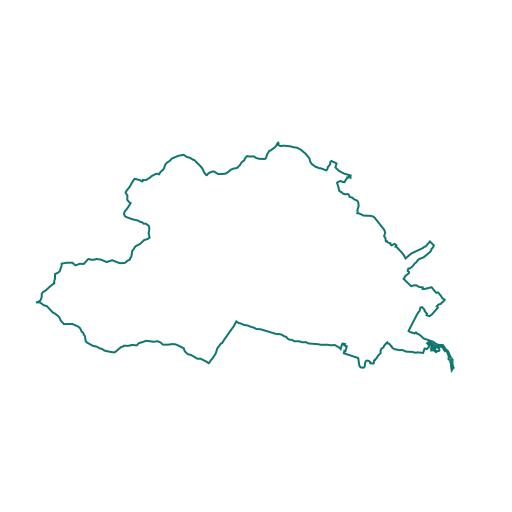 Sanmihaiu Almasului, Salaj, Romania, rotated 8°
{"feature_id": "2599482B86867207521382", "entity_name": "Sanmihaiu Almasului", "entity_type": "district", "adm_level": 2, "iso_a3": "ROU", "parent_name": "Romania", "parent_adm1": "Salaj", "projection": "mercator", "projection_center": [23.232, 47.041], "detail": "fine", "context": "isolated", "style": "outline", "palette": "teal", "viewbox_px": 512, "rotation_deg": 8, "n_neighbors": 0, "source": "geoboundaries", "source_scale": "gbopen_adm2", "svg_char_len": 6105}
<svg xmlns="http://www.w3.org/2000/svg" viewBox="0 0 512 512"><g transform="rotate(8 256 256)"><path d="M224.3,368.6L226.0,365.2L227.3,363.2L229.6,358.3L230.6,352.7L233.5,347.5L234.7,346.8L235.9,343.8L242.4,331.1L243.5,329.3L245.6,323.5L248.2,324.8L250.5,325.0L253.4,325.9L257.8,326.0L260.0,326.7L263.7,327.2L266.7,328.3L270.4,327.9L287.6,330.5L289.1,330.1L292.5,330.3L294.7,331.4L297.3,332.0L298.8,333.4L300.6,334.2L303.3,334.1L305.8,335.1L310.9,334.4L312.6,334.9L315.6,334.8L317.2,334.3L319.9,335.3L329.8,334.7L332.7,334.9L339.3,333.9L342.6,334.0L346.5,333.2L351.3,335.2L352.7,336.4L353.5,331.4L354.3,331.4L354.4,330.6L356.4,330.8L356.2,332.3L358.5,332.8L357.8,337.8L356.7,337.6L356.5,340.1L371.4,342.8L373.6,350.2L374.9,351.6L376.3,351.8L378.1,351.6L378.9,350.6L379.0,346.4L379.3,345.2L379.9,344.3L381.4,344.1L382.5,344.3L384.1,345.3L384.0,346.2L384.2,346.4L387.3,346.1L387.6,345.3L387.5,343.1L388.2,342.8L388.3,341.9L389.6,340.6L390.6,338.0L392.8,334.9L392.9,334.1L392.5,332.7L393.1,330.4L394.9,328.8L395.3,327.2L397.2,324.1L398.1,323.2L398.7,324.3L400.3,324.4L402.1,326.3L402.5,326.2L403.8,328.0L405.9,328.9L411.3,329.3L414.0,328.7L417.9,329.8L424.8,329.2L426.3,329.6L428.3,329.4L429.4,328.9L435.0,328.7L435.8,324.2L438.0,324.5L438.5,323.5L439.7,322.5L439.7,320.7L439.3,319.9L437.6,318.6L438.3,317.9L438.5,318.9L439.5,319.7L442.6,320.8L443.9,321.7L446.4,322.3L446.4,323.3L442.5,322.3L442.1,323.0L442.4,323.5L442.7,325.2L444.7,324.6L446.2,325.2L447.1,324.8L447.6,325.1L447.5,326.0L448.0,326.1L448.5,324.8L450.2,324.7L450.6,324.2L450.7,323.1L450.1,322.2L448.8,321.5L444.8,320.6L442.8,319.0L440.3,317.9L440.0,317.3L443.4,318.6L445.0,319.7L446.6,320.1L449.8,320.5L452.9,320.0L456.2,323.8L456.6,323.3L457.3,323.2L459.3,325.4L459.4,326.0L460.6,327.8L461.0,330.0L460.9,331.2L461.4,331.7L462.6,331.8L463.1,332.5L463.2,333.9L464.1,335.6L464.4,337.6L465.7,342.0L466.8,339.7L467.3,339.2L466.8,338.7L465.4,335.0L465.1,331.3L462.7,329.0L459.4,323.5L456.9,322.0L453.5,318.2L448.7,318.6L445.5,317.5L443.6,316.3L433.4,314.3L431.0,312.5L428.4,311.0L426.4,310.5L425.1,309.4L424.0,310.6L419.2,309.9L417.5,309.0L423.4,292.0L424.5,289.3L425.5,288.0L426.0,284.2L427.5,283.5L428.0,283.8L430.5,286.0L430.7,286.5L430.6,287.1L433.4,289.3L433.1,290.8L436.0,291.5L438.2,289.6L443.3,281.8L442.0,280.6L443.5,278.7L445.8,277.6L446.5,276.3L447.8,275.1L449.0,273.1L446.5,272.0L445.0,270.1L441.5,266.8L440.7,266.8L439.7,267.4L438.4,266.5L434.2,262.5L428.6,264.8L425.9,265.5L425.6,265.5L425.5,263.9L422.1,264.0L419.0,262.8L417.6,262.8L413.7,264.2L405.3,258.1L406.2,256.8L406.2,255.6L409.8,251.7L409.7,250.4L408.2,249.6L408.6,247.2L410.2,246.8L412.2,244.8L414.4,241.1L415.7,239.8L416.9,237.4L418.1,236.3L422.2,234.0L427.7,227.9L428.8,225.8L428.8,224.6L430.2,222.7L430.6,220.7L426.2,217.4L422.7,222.9L421.4,223.5L420.1,224.9L409.5,231.9L404.4,237.6L402.1,234.4L399.8,232.2L393.7,227.4L393.0,227.3L393.6,226.6L393.6,225.9L391.6,224.7L388.7,226.6L387.6,225.9L387.4,224.7L384.3,224.2L383.4,223.0L382.5,223.3L381.8,220.6L380.1,218.5L380.7,214.9L379.4,212.3L367.9,201.3L366.0,200.5L363.9,200.3L356.8,201.0L352.6,199.6L350.4,199.5L350.6,198.4L350.0,196.7L350.7,192.2L349.8,188.6L348.5,187.1L345.2,186.2L343.0,184.7L340.6,184.5L339.0,182.1L338.1,181.9L335.5,182.5L333.4,182.1L332.2,181.0L331.2,180.9L329.2,179.7L328.3,176.9L326.1,172.4L326.2,172.1L326.6,171.5L329.2,170.0L331.7,170.6L333.4,170.6L334.0,168.7L335.2,166.7L335.4,165.4L336.5,165.4L336.7,164.8L338.6,165.4L338.5,163.1L332.0,162.2L326.3,160.2L322.3,157.2L322.9,153.4L322.6,153.0L317.5,151.4L316.5,152.5L316.7,154.5L315.7,156.8L314.8,157.8L314.6,159.9L313.8,161.4L307.6,160.1L306.2,160.3L303.3,159.3L303.0,159.6L299.3,157.7L297.5,156.3L296.4,154.6L295.4,152.0L291.1,148.0L285.4,144.4L281.3,143.0L278.0,143.1L274.6,142.6L267.8,142.9L265.6,143.7L264.1,143.5L262.1,142.8L262.7,141.4L262.3,140.7L261.9,141.0L261.8,141.9L261.2,142.2L260.8,143.9L259.8,145.4L255.5,149.7L254.5,150.0L252.7,154.3L252.6,156.0L252.0,158.1L251.1,158.7L246.0,159.3L242.6,159.0L240.0,157.6L235.9,158.4L233.3,158.3L231.5,160.8L231.1,162.8L228.8,165.2L227.5,168.1L225.1,171.4L221.3,172.7L219.0,174.1L216.1,177.4L213.8,178.9L207.1,180.2L202.7,178.1L201.3,178.4L198.6,179.8L197.3,180.9L196.1,182.8L195.3,182.7L193.1,180.5L190.5,176.5L189.6,176.0L189.3,175.4L181.5,169.6L180.2,169.4L176.9,167.9L173.9,167.6L170.3,165.9L165.1,167.6L159.0,171.3L157.2,174.0L154.9,175.9L153.9,177.2L153.2,178.9L152.9,181.3L152.2,183.2L149.8,186.0L148.6,188.6L146.9,188.2L144.7,189.1L141.3,191.6L140.3,193.0L136.7,195.9L135.7,196.3L133.4,196.4L133.3,197.7L132.8,198.0L130.0,196.9L125.0,196.5L123.7,198.9L121.3,205.0L118.3,210.2L118.1,211.0L118.1,211.6L120.3,214.1L120.7,218.4L123.2,220.5L124.5,221.1L121.8,227.1L120.0,229.6L119.4,232.2L119.6,233.0L120.5,234.6L121.5,235.3L128.1,236.8L134.0,237.3L136.3,238.2L138.7,238.5L140.2,239.6L142.3,239.3L145.5,241.0L146.1,242.0L146.6,243.9L146.5,248.4L148.1,252.6L146.5,254.1L142.9,255.9L139.7,260.0L135.3,263.2L132.7,268.5L132.7,272.6L132.4,274.5L131.6,275.8L131.7,276.9L129.0,278.9L128.1,280.2L126.9,281.1L123.5,281.9L121.0,281.9L114.2,280.2L108.9,282.8L102.8,281.1L100.2,281.3L98.6,281.0L96.6,282.1L93.6,282.6L90.7,282.3L90.1,282.6L86.5,287.9L82.6,288.2L78.6,290.4L75.0,288.2L69.6,289.0L64.6,290.6L64.8,293.4L64.1,296.1L64.1,297.5L63.7,298.4L62.7,299.7L59.5,301.9L60.1,306.5L59.8,307.7L59.7,310.5L60.1,311.0L56.6,314.4L53.1,318.8L49.9,321.6L49.1,323.5L49.5,326.6L48.7,330.1L46.3,331.9L44.7,332.6L48.3,332.0L52.8,334.3L55.9,334.8L62.8,340.3L64.3,340.7L68.8,343.2L70.4,345.0L71.5,347.0L75.3,350.2L83.6,348.9L89.4,350.5L91.4,351.6L92.7,353.2L93.7,355.0L95.6,356.1L96.3,357.6L97.8,359.3L99.2,364.0L100.4,365.1L106.7,367.6L111.1,368.0L114.2,369.2L116.7,369.5L119.1,370.8L126.6,371.3L128.8,371.2L129.9,370.7L135.0,365.0L137.2,364.0L137.7,363.2L141.7,362.8L144.7,361.8L145.0,361.4L150.4,361.1L152.0,358.7L159.3,355.2L166.5,355.2L170.5,354.1L173.8,355.0L175.4,356.3L176.5,356.7L182.0,355.9L185.1,354.9L188.4,354.7L190.7,355.2L197.4,357.5L197.8,358.7L199.1,360.6L202.1,362.7L205.6,363.1L212.3,365.9L215.4,365.4L222.6,367.9L223.9,368.8L224.3,368.6Z" fill="none" stroke="#0f766e" stroke-width="2"/></g></svg>